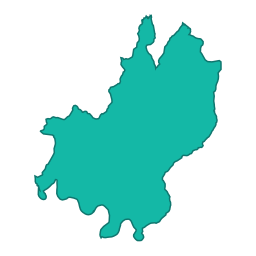 Varadia De Mures, Arad, Romania (Albers equal-area conic projection)
{"feature_id": "2599482B27898501317074", "entity_name": "Varadia De Mures", "entity_type": "district", "adm_level": 2, "iso_a3": "ROU", "parent_name": "Romania", "parent_adm1": "Arad", "projection": "albers", "projection_center": [22.152, 46.066], "detail": "fine", "context": "isolated", "style": "filled", "palette": "teal", "viewbox_px": 256, "rotation_deg": 0, "n_neighbors": 0, "source": "geoboundaries", "source_scale": "gbopen_adm2", "svg_char_len": 5783}
<svg xmlns="http://www.w3.org/2000/svg" viewBox="0 0 256 256"><path d="M156.1,223.2L159.5,221.6L160.6,219.8L161.7,218.4L165.9,214.8L165.9,213.4L168.4,211.7L168.9,211.2L169.7,209.6L170.3,206.2L170.7,205.1L170.5,202.2L169.8,200.7L169.5,198.5L169.9,196.7L169.4,196.1L169.3,195.6L168.1,193.8L167.2,191.8L165.9,190.3L165.0,189.6L164.7,189.1L165.1,186.5L165.1,183.9L163.3,180.6L162.6,180.1L162.4,179.4L162.5,177.5L164.5,174.3L165.2,172.3L167.5,171.3L168.4,170.4L170.5,167.4L172.9,165.1L173.1,164.8L173.1,164.6L173.6,163.1L174.6,162.0L175.9,161.3L177.2,160.8L181.8,157.7L181.6,156.9L182.9,155.5L183.5,155.3L186.7,155.6L187.7,155.4L188.6,154.9L190.2,153.8L191.0,153.7L191.6,153.3L192.3,152.0L193.2,150.6L195.9,149.6L196.8,149.7L197.9,148.8L198.3,147.7L199.3,147.7L200.5,147.3L201.7,147.4L202.7,146.3L203.1,145.6L202.4,144.1L202.5,143.1L202.9,142.0L204.3,141.3L205.5,139.7L207.0,138.3L207.3,137.7L208.6,137.0L209.2,136.3L211.2,133.0L211.9,131.2L212.8,130.3L213.5,128.8L213.9,128.3L214.2,127.4L214.8,126.9L215.5,125.6L215.9,124.6L215.9,123.0L216.6,122.3L217.0,120.6L216.9,119.5L216.5,118.2L216.5,116.5L215.9,115.2L215.3,114.4L214.4,112.1L214.5,111.3L214.1,111.3L213.9,110.4L214.8,109.1L214.3,106.0L214.3,105.0L214.0,102.9L213.7,101.0L214.2,96.1L213.6,92.2L215.1,91.0L215.8,89.2L215.9,86.0L216.5,83.9L217.6,81.4L218.3,78.8L218.5,76.1L218.1,73.0L219.3,71.3L221.0,69.4L221.0,63.7L220.9,61.8L219.3,60.6L211.9,61.9L207.6,61.6L205.2,59.9L201.6,53.5L200.4,52.0L200.6,48.1L201.3,46.0L202.7,44.9L203.1,43.5L203.1,41.6L201.1,39.2L200.2,38.8L198.1,38.6L196.2,38.1L194.5,37.2L193.5,36.3L190.7,35.3L189.9,34.7L189.0,34.6L190.1,33.1L190.6,31.4L190.4,30.5L190.5,29.4L190.2,28.7L188.6,27.6L188.2,27.8L188.3,27.2L187.8,26.8L184.8,24.5L185.0,24.9L184.3,24.8L184.7,24.3L184.1,24.0L182.7,22.9L182.3,25.1L180.1,27.7L178.5,30.7L177.1,31.7L173.9,35.3L172.0,36.2L171.2,37.5L170.0,38.2L169.5,40.5L168.2,41.8L167.0,44.6L164.8,46.9L163.9,53.0L162.1,55.6L159.5,58.6L158.6,60.7L158.8,62.7L159.6,63.7L159.7,64.2L158.1,65.5L157.3,67.0L156.0,67.7L155.7,68.3L155.4,66.3L154.2,63.9L153.8,61.4L151.9,58.2L151.5,56.3L150.6,55.0L148.6,53.4L146.7,50.2L146.7,49.5L146.1,47.7L146.1,47.0L146.2,46.2L147.0,45.1L148.2,44.8L150.5,44.5L151.6,43.7L153.3,42.2L153.8,41.3L153.9,39.3L154.3,38.7L154.8,38.4L155.1,37.9L155.1,37.2L154.7,36.5L154.6,36.0L154.8,35.5L155.0,33.7L154.7,33.4L153.3,25.3L152.5,24.6L151.7,21.4L151.1,18.6L151.5,17.3L151.2,15.4L150.5,15.6L150.4,15.9L150.5,16.6L150.2,16.1L150.1,16.7L149.8,16.8L149.5,16.5L149.3,16.6L149.1,17.4L148.8,18.1L148.5,18.3L148.4,17.7L147.9,17.3L147.8,18.2L147.6,18.3L147.3,17.5L146.2,16.1L145.9,16.8L146.0,17.3L145.4,17.8L143.9,18.1L143.9,18.8L143.3,19.7L142.3,19.7L142.4,20.7L141.8,19.9L142.3,23.3L141.9,24.2L140.3,25.2L139.2,27.0L138.9,28.5L139.4,30.3L138.8,32.0L137.7,33.7L138.8,35.9L139.3,38.8L139.0,40.8L137.2,42.9L136.9,44.7L136.7,47.2L133.7,49.3L132.8,55.3L132.2,57.0L128.6,59.0L127.5,59.1L126.0,58.7L123.7,59.5L123.2,58.6L122.7,58.1L120.9,57.7L121.7,61.1L121.2,62.5L121.0,64.6L122.5,66.9L124.3,69.0L124.9,70.1L124.2,71.7L123.3,72.0L122.7,74.3L122.3,75.1L121.4,76.1L120.7,77.5L120.1,79.0L120.4,81.7L119.5,83.6L118.1,83.6L117.3,84.4L113.5,86.7L112.2,86.9L110.5,87.4L110.1,88.7L108.9,89.9L108.9,91.6L110.4,93.8L111.9,99.6L112.0,102.3L108.4,106.2L108.5,107.6L107.2,109.1L106.5,111.5L103.0,113.9L101.9,113.7L100.5,115.0L99.2,117.9L98.4,118.7L96.1,119.0L94.9,118.7L92.8,117.7L91.9,116.3L90.0,114.1L89.4,113.7L88.0,113.6L87.5,113.4L86.9,112.0L86.4,111.5L85.1,111.3L84.1,111.6L83.1,112.2L82.4,112.2L81.9,111.3L80.5,109.9L79.6,109.4L78.7,109.2L78.3,108.8L77.8,107.3L76.9,106.2L75.4,105.4L73.9,105.7L73.4,106.4L72.5,108.3L72.7,109.3L72.7,110.3L69.9,115.0L68.8,116.3L67.6,116.7L65.1,119.1L64.1,119.6L62.5,119.3L57.8,117.6L55.9,117.7L53.6,116.9L53.0,117.0L52.1,117.4L51.4,118.2L50.2,118.7L49.5,118.9L48.0,118.6L46.1,119.2L46.0,119.5L46.2,120.2L46.4,122.0L47.0,123.1L46.9,124.0L46.6,124.5L44.3,126.3L44.2,126.8L44.3,127.8L44.1,129.0L43.7,129.6L42.8,130.2L40.8,130.8L40.5,131.2L41.5,132.3L43.5,133.9L52.4,135.0L53.6,135.7L53.5,136.2L53.8,136.7L53.9,137.3L54.8,138.4L55.4,142.2L55.4,144.1L54.1,148.6L54.3,152.5L54.0,153.5L52.6,156.2L48.1,164.2L46.8,164.7L46.4,165.1L45.9,166.4L45.4,168.5L45.0,169.3L42.3,172.5L42.3,173.1L42.6,174.5L42.4,174.9L37.7,177.3L35.0,176.0L35.3,178.6L35.3,181.5L35.6,182.5L35.9,183.2L37.1,184.0L37.2,185.6L37.9,186.0L38.4,185.8L39.6,190.0L38.5,188.9L38.4,191.2L38.3,194.5L38.8,196.0L39.8,197.4L40.9,198.5L42.1,199.2L43.4,199.5L44.3,199.4L45.3,199.0L45.9,198.2L46.2,196.9L46.1,195.9L45.6,194.9L45.1,193.5L44.3,193.0L43.4,191.1L43.4,190.9L47.5,188.4L49.7,186.5L52.0,184.1L53.6,183.2L54.5,181.9L55.5,179.6L56.6,179.7L57.1,180.4L57.0,183.2L57.2,187.0L56.9,189.8L56.8,193.7L57.8,196.3L59.0,197.9L60.2,199.2L62.3,199.9L63.9,199.6L66.7,198.8L67.5,198.0L68.5,197.4L69.8,197.2L73.7,198.0L76.6,199.1L77.4,199.7L78.8,203.0L79.6,206.6L80.5,209.5L81.4,210.9L83.0,212.4L85.3,213.9L86.9,214.5L88.5,214.7L90.0,214.4L91.6,213.7L93.8,211.8L94.0,211.4L93.2,211.9L93.2,211.7L93.7,210.8L94.4,210.5L94.5,210.6L96.0,207.8L96.9,206.8L98.2,205.8L101.9,204.9L103.4,205.3L105.0,206.5L108.2,209.8L109.5,215.3L109.2,221.3L108.8,222.6L103.6,226.5L100.9,229.6L100.4,231.6L100.0,234.6L100.2,236.0L101.1,237.8L101.9,236.7L103.8,237.5L105.7,237.6L107.7,237.2L111.8,236.8L113.7,236.1L116.0,234.9L117.4,233.8L118.5,232.0L119.2,230.2L119.4,228.9L120.5,225.3L120.6,223.7L122.8,221.1L125.1,219.5L127.4,219.2L129.0,219.2L130.0,219.8L131.2,221.2L132.7,224.8L133.8,227.1L136.2,229.7L136.0,231.0L133.7,234.7L133.6,236.0L134.1,237.3L135.6,239.2L137.3,240.5L139.0,240.6L141.0,240.5L142.2,239.7L143.6,237.6L143.6,236.6L143.1,235.0L141.7,233.4L142.0,232.5L142.7,231.6L142.4,230.0L142.4,228.3L144.7,227.1L146.6,225.5L149.8,223.6L151.1,223.1L154.9,222.8L156.1,223.2Z" fill="#14b8a6" stroke="#0f766e" stroke-width="1.5"/></svg>